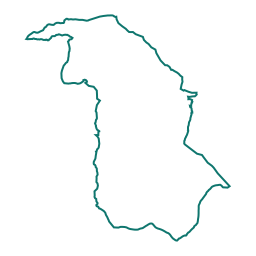 the district of Vulcan, Hunedoara, Romania
{"feature_id": "2599482B28838011196800", "entity_name": "Vulcan", "entity_type": "district", "adm_level": 2, "iso_a3": "ROU", "parent_name": "Romania", "parent_adm1": "Hunedoara", "projection": "orthographic", "projection_center": [23.277, 45.365], "detail": "fine", "context": "isolated", "style": "outline", "palette": "teal", "viewbox_px": 256, "rotation_deg": 0, "n_neighbors": 0, "source": "geoboundaries", "source_scale": "gbopen_adm2", "svg_char_len": 5654}
<svg xmlns="http://www.w3.org/2000/svg" viewBox="0 0 256 256"><path d="M177.0,240.6L178.2,239.5L178.7,238.7L178.9,238.7L179.2,238.6L180.4,238.0L182.6,236.4L183.6,235.9L184.7,235.5L185.5,235.4L185.9,235.6L186.5,235.1L186.6,234.9L187.1,233.9L187.3,233.6L187.6,233.4L188.0,232.8L188.3,232.5L189.0,232.2L189.5,231.8L190.4,230.8L191.0,230.1L192.1,229.0L193.5,227.8L193.8,227.4L194.0,227.1L194.1,226.5L194.3,226.2L194.7,225.8L195.8,225.1L196.0,224.9L196.3,224.4L196.5,224.1L197.3,223.3L197.5,222.7L197.8,221.3L198.1,218.7L198.3,217.6L198.5,215.9L198.6,213.3L198.6,210.2L198.7,209.2L198.7,208.2L198.7,206.0L198.8,205.5L199.0,204.8L199.8,203.2L200.2,201.9L200.6,201.1L201.4,200.1L202.3,199.1L202.9,198.2L204.1,196.6L204.9,195.5L205.9,194.2L206.2,193.6L206.4,192.8L207.0,192.0L207.3,191.6L208.2,190.9L208.5,190.4L208.9,189.9L209.9,189.2L210.4,188.7L210.9,188.1L211.6,187.2L212.0,186.8L212.5,186.5L214.4,185.7L215.9,185.3L217.8,185.1L218.9,184.9L219.8,184.8L220.1,184.8L220.3,184.8L221.4,185.6L221.9,186.1L222.8,187.2L223.0,187.3L223.6,187.4L224.3,187.4L227.6,187.6L229.6,186.2L217.7,173.3L213.7,167.7L211.9,165.8L207.7,162.7L203.7,157.4L202.0,155.0L197.0,153.7L184.7,144.3L184.2,143.4L184.3,142.6L184.3,141.0L184.4,140.7L184.8,140.1L184.8,139.8L185.0,138.8L185.1,138.6L185.6,137.6L185.9,137.2L186.0,136.6L186.4,136.0L187.0,134.8L187.5,133.3L188.2,131.1L188.2,130.5L187.9,130.2L188.1,129.4L188.0,128.7L188.0,127.4L188.1,126.6L188.3,126.2L188.7,125.1L188.9,123.4L189.0,122.5L189.1,122.1L189.5,121.5L190.3,119.7L190.4,118.1L190.9,116.5L191.1,115.5L191.5,114.7L191.5,114.0L191.3,113.4L191.5,112.6L192.3,112.6L192.2,111.2L191.7,110.6L191.6,108.8L191.4,108.1L191.0,107.4L190.4,107.3L190.1,106.8L190.0,106.2L190.3,106.4L191.2,105.9L191.1,105.6L191.1,105.3L191.2,104.5L191.5,103.2L191.7,103.3L191.9,102.8L192.4,101.7L191.9,101.1L192.1,100.0L191.0,99.5L189.9,99.1L188.4,99.2L188.5,98.1L188.1,96.7L189.7,96.9L192.4,96.4L194.9,96.3L196.1,95.2L196.7,94.5L196.4,93.7L196.5,92.7L191.9,92.8L188.6,91.8L184.4,90.1L183.6,90.6L180.7,88.9L181.6,84.5L182.5,81.8L182.2,79.4L182.3,77.1L180.3,75.6L178.7,73.8L177.0,72.5L174.4,71.1L172.4,69.8L171.2,69.9L169.5,66.9L167.3,65.3L165.1,65.2L160.6,60.5L156.4,53.2L155.4,49.6L151.3,47.3L148.6,44.0L146.3,42.4L143.9,39.9L142.9,36.9L135.7,34.2L134.3,33.1L132.9,32.0L131.4,32.1L129.1,32.0L127.4,30.5L125.8,28.8L122.4,26.4L118.4,23.1L116.6,19.3L116.3,16.8L115.7,17.0L115.3,17.0L114.5,16.4L114.0,16.3L113.6,15.9L112.8,15.5L112.2,15.4L111.0,15.4L107.5,15.5L103.3,16.0L99.8,16.6L89.1,20.0L88.1,20.5L86.6,20.7L82.7,19.9L79.4,19.9L75.5,19.3L73.0,19.5L71.0,19.2L68.3,19.5L67.7,18.9L66.4,18.8L64.4,20.4L64.2,21.2L64.2,22.0L64.0,22.5L63.6,23.0L62.8,23.0L61.4,23.1L60.2,23.2L59.9,23.1L59.4,22.9L58.8,22.8L57.8,22.8L56.9,22.8L56.3,23.0L55.4,23.4L54.5,24.1L53.9,24.7L53.6,24.9L52.8,24.9L51.2,24.7L49.4,24.3L49.0,24.3L48.3,24.5L47.7,24.8L47.3,25.1L46.7,25.7L46.4,26.4L46.1,26.7L45.3,27.3L44.7,27.5L43.1,30.2L40.4,31.4L38.7,32.3L37.7,32.7L36.1,32.6L34.8,32.1L34.5,32.0L33.6,32.1L33.2,32.3L31.7,33.4L31.3,33.7L29.6,34.8L28.3,35.9L27.3,37.4L27.0,38.3L26.4,39.0L27.4,39.2L31.3,39.0L32.6,39.0L33.2,38.5L33.4,38.5L33.7,38.5L34.2,38.6L35.0,39.0L36.2,39.0L37.2,39.4L38.6,39.3L39.1,39.4L39.7,39.5L40.4,39.2L41.5,39.2L42.3,39.4L43.1,39.8L44.0,40.0L45.3,39.8L45.8,40.0L46.2,39.6L46.4,39.6L47.3,39.9L47.4,40.1L47.9,40.4L48.7,40.2L49.2,39.5L50.0,38.9L50.5,38.3L51.0,38.0L51.4,37.0L51.8,36.5L52.0,36.3L52.9,36.1L53.7,36.1L54.8,36.1L55.8,35.4L55.9,35.2L56.1,35.0L56.6,34.9L57.0,34.9L58.4,34.6L58.9,34.3L60.7,34.9L62.1,35.5L63.2,35.1L64.3,34.8L65.0,34.8L65.6,34.7L66.4,34.9L67.2,34.8L69.1,35.8L69.7,36.5L70.9,36.9L72.5,37.9L72.0,38.7L71.1,39.3L70.1,39.4L69.2,39.8L69.0,40.6L68.4,41.2L68.0,41.5L69.3,46.1L69.7,48.5L69.4,51.3L68.9,52.1L68.7,54.7L68.6,56.6L68.3,57.7L68.1,60.0L67.7,60.8L67.3,61.4L67.2,62.1L65.8,63.0L64.8,64.4L63.7,65.6L61.9,70.7L61.4,73.2L61.6,78.2L62.9,81.4L64.3,83.2L68.4,83.6L69.9,83.4L70.6,83.4L71.2,83.2L72.3,83.1L72.7,83.0L75.0,83.0L76.6,83.4L77.7,83.8L79.9,83.4L81.4,82.6L83.5,81.0L83.4,80.1L84.7,79.7L85.9,80.1L86.8,81.1L87.0,81.8L85.4,82.9L88.8,85.9L93.7,86.8L96.8,90.6L97.0,94.6L97.1,98.7L99.9,100.6L96.9,105.1L95.7,111.1L96.5,112.5L96.9,117.9L96.8,118.8L96.0,119.9L95.5,122.7L95.0,123.2L95.5,124.6L96.0,125.7L95.9,126.7L96.1,127.0L96.4,128.0L96.4,128.3L96.9,129.3L97.1,129.6L97.3,129.9L98.1,130.3L99.3,131.2L99.3,131.3L98.4,131.5L98.3,135.0L95.9,135.1L97.6,136.7L98.7,138.5L99.3,143.7L98.7,147.5L98.0,148.6L97.2,149.2L96.9,150.1L96.5,151.6L96.0,151.7L96.3,152.7L95.8,155.5L95.4,158.6L93.8,161.8L93.7,163.2L93.9,164.3L95.1,165.0L95.6,166.0L95.7,167.1L96.2,167.6L96.8,168.6L96.9,171.2L97.4,172.6L97.6,174.7L96.5,176.6L96.6,178.4L96.5,180.5L96.4,182.0L97.5,183.4L97.9,185.6L97.2,188.7L94.5,191.3L94.7,195.4L94.5,196.9L95.1,198.2L96.2,198.9L96.4,201.4L97.6,203.1L97.5,203.8L96.3,205.1L96.7,206.2L98.2,206.7L99.1,208.4L100.4,208.8L102.9,210.4L104.1,211.3L104.9,212.3L105.5,213.2L105.6,213.9L106.0,215.0L107.0,216.7L107.4,217.4L108.0,218.9L108.7,220.3L109.1,221.5L113.9,227.4L118.3,227.6L118.8,227.5L119.8,227.1L120.6,226.9L122.8,226.9L124.6,227.0L125.6,227.2L126.5,227.4L128.2,228.3L128.9,228.6L130.2,229.0L132.8,229.4L133.5,229.5L135.3,229.7L136.7,229.7L137.7,229.6L138.5,229.4L139.0,229.1L140.3,228.6L142.3,228.2L143.0,227.9L146.0,225.9L147.1,225.3L147.8,224.8L149.2,224.0L149.7,223.7L151.0,223.5L151.5,223.5L151.9,223.6L152.4,223.8L153.3,224.7L153.7,225.2L154.2,225.8L155.4,227.2L156.0,227.6L156.7,228.0L157.8,228.5L159.6,229.0L161.5,229.7L163.4,230.6L165.1,231.6L166.5,232.5L168.4,233.2L168.9,233.6L169.5,234.1L170.5,235.3L171.2,236.4L172.0,237.4L173.0,238.5L175.6,240.3L176.5,240.5L177.0,240.6Z" fill="none" stroke="#0f766e" stroke-width="2"/></svg>